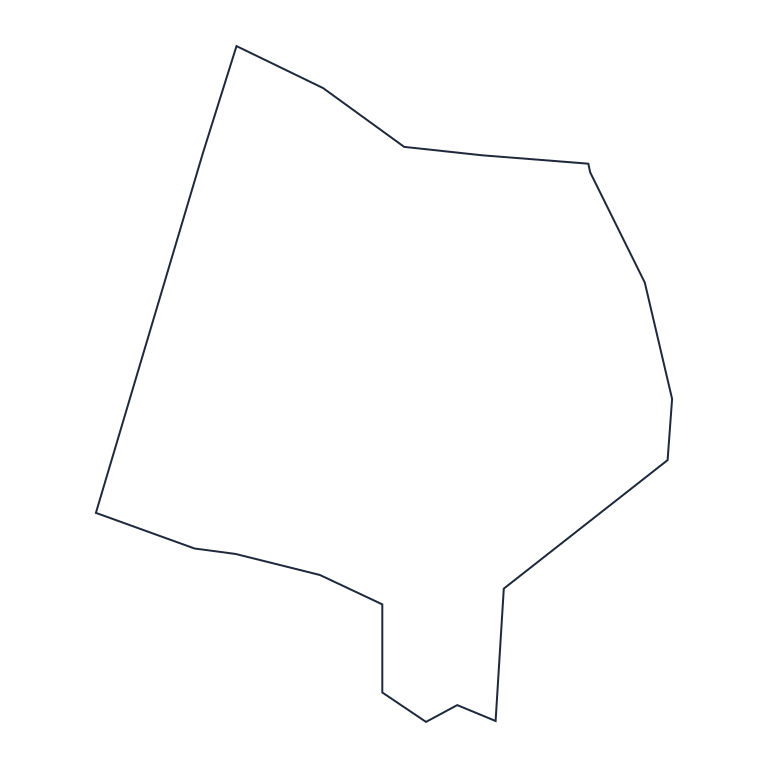 the district of Grass Street, Castries, Saint Lucia
{"feature_id": "8701671B71359677826666", "entity_name": "Grass Street", "entity_type": "district", "adm_level": 2, "iso_a3": "LCA", "parent_name": "Saint Lucia", "parent_adm1": "Castries", "projection": "equal_earth", "projection_center": [-60.988, 14.007], "detail": "fine", "context": "isolated", "style": "outline", "palette": "slate", "viewbox_px": 768, "rotation_deg": 0, "n_neighbors": 0, "source": "geoboundaries", "source_scale": "gbopen_adm2", "svg_char_len": 375}
<svg xmlns="http://www.w3.org/2000/svg" viewBox="0 0 768 768"><path d="M95.9,512.9L194.5,548.5L235.7,554.0L319.9,575.0L382.3,604.4L382.3,692.5L426.0,721.9L457.2,705.1L495.6,721.0L503.8,588.6L667.6,460.1L672.1,398.9L644.8,282.6L590.2,172.4L588.3,163.7L482.2,155.3L404.2,146.9L323.1,88.1L236.5,46.1L202.9,153.1L95.9,512.9Z" fill="none" stroke="#1e293b" stroke-width="2"/></svg>